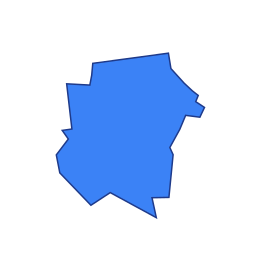 Tepelenë, Gjirokastër, Albania (Mercator projection), rotated 36°
{"feature_id": "67620474B25662331989090", "entity_name": "Tepelenë", "entity_type": "district", "adm_level": 2, "iso_a3": "ALB", "parent_name": "Albania", "parent_adm1": "Gjirokastër", "projection": "mercator", "projection_center": [19.977, 40.343], "detail": "fine", "context": "isolated", "style": "filled", "palette": "blue", "viewbox_px": 256, "rotation_deg": 36, "n_neighbors": 0, "source": "geoboundaries", "source_scale": "gbopen_adm2", "svg_char_len": 473}
<svg xmlns="http://www.w3.org/2000/svg" viewBox="0 0 256 256"><g transform="rotate(36 128 128)"><path d="M116.7,43.7L61.5,96.4L67.6,106.6L71.9,115.7L52.4,128.3L83.2,161.8L76.2,168.6L86.2,172.0L85.8,191.9L99.2,204.4L143.4,212.3L151.6,190.7L203.6,183.9L188.4,170.3L201.9,160.1L180.2,123.1L173.3,119.2L170.7,98.7L167.2,83.9L179.8,77.0L177.8,66.4L167.3,66.9L165.7,60.4L158.0,60.1L146.9,58.7L127.8,54.7L116.7,43.7Z" fill="#3b82f6" stroke="#1e3a8a" stroke-width="1.5"/></g></svg>